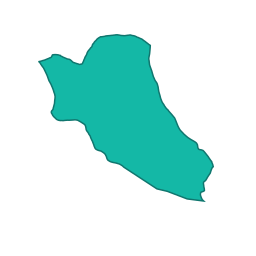 Planard, Micoud, Saint Lucia (Equal Earth projection), rotated 159°
{"feature_id": "8701671B69185125078741", "entity_name": "Planard", "entity_type": "district", "adm_level": 2, "iso_a3": "LCA", "parent_name": "Saint Lucia", "parent_adm1": "Micoud", "projection": "equal_earth", "projection_center": [-60.914, 13.806], "detail": "fine", "context": "isolated", "style": "filled", "palette": "teal", "viewbox_px": 256, "rotation_deg": 159, "n_neighbors": 0, "source": "geoboundaries", "source_scale": "gbopen_adm2", "svg_char_len": 5821}
<svg xmlns="http://www.w3.org/2000/svg" viewBox="0 0 256 256"><g transform="rotate(159 128 128)"><path d="M194.1,169.4L194.0,169.0L193.9,168.5L193.8,167.3L193.6,166.3L193.4,165.6L193.1,164.8L192.5,163.7L192.4,163.3L192.0,162.5L191.8,162.1L191.6,161.7L191.1,161.1L190.8,160.8L190.0,160.1L189.7,159.9L189.2,159.6L188.5,159.2L187.7,158.9L186.9,158.6L186.1,158.2L185.4,158.0L185.1,157.9L184.4,157.8L184.1,157.7L182.4,157.2L181.7,157.0L180.3,156.4L179.7,156.2L177.8,155.6L176.2,155.1L175.3,154.9L173.8,154.3L172.7,153.6L172.2,153.3L171.6,152.6L170.8,151.6L170.5,151.3L170.2,150.9L169.5,150.0L169.0,149.3L167.9,147.8L167.8,147.6L167.4,147.0L167.1,146.4L167.1,146.2L167.0,145.4L167.0,145.0L167.1,143.9L167.2,143.4L167.3,142.9L167.4,142.4L167.6,141.6L167.6,141.4L167.6,141.1L167.6,140.6L167.3,139.2L167.2,139.0L167.1,138.7L166.9,138.1L166.8,137.3L166.8,137.0L166.7,136.1L166.3,134.6L166.2,134.0L166.3,132.2L166.2,130.7L166.2,129.8L166.0,129.1L166.0,128.1L166.0,127.2L166.0,126.5L166.0,125.4L166.0,124.6L166.1,122.7L166.0,121.4L166.0,121.0L165.8,120.2L165.7,120.0L165.6,119.8L165.3,119.4L164.7,118.7L164.1,118.1L163.5,117.6L163.0,117.2L161.9,116.5L161.7,116.4L161.6,116.2L160.9,115.4L160.2,114.4L159.5,113.4L159.4,113.1L159.1,112.7L158.9,112.2L158.8,111.8L158.7,111.5L158.6,110.8L158.5,109.7L158.4,109.2L158.5,108.7L158.5,108.0L158.6,107.0L158.5,106.3L158.5,106.0L158.4,105.8L158.4,105.5L158.2,105.1L158.0,104.7L157.7,104.4L157.2,103.7L156.7,103.1L156.4,102.8L155.4,102.0L154.7,101.5L154.2,101.1L153.3,100.6L152.2,99.9L151.2,99.2L150.8,98.9L150.2,98.4L149.5,97.9L149.0,97.5L148.7,97.2L147.9,96.2L147.0,95.0L146.7,94.6L146.4,93.9L146.3,93.7L145.9,92.9L122.8,60.8L114.0,54.8L98.2,40.6L83.5,32.7L84.3,34.4L84.5,35.9L84.5,38.0L84.4,39.6L83.5,41.4L82.8,41.9L81.5,41.9L81.0,41.8L79.5,42.0L79.1,42.2L78.9,42.7L78.5,44.1L78.3,45.8L77.9,47.2L77.5,49.1L77.0,50.1L76.4,50.6L75.4,50.9L74.8,51.0L73.9,51.5L72.4,52.7L71.1,53.8L67.4,56.4L65.5,58.8L64.3,60.1L63.5,60.8L62.3,61.3L62.0,63.5L62.0,64.9L62.1,66.5L61.9,66.7L62.4,68.1L63.2,71.4L63.4,72.5L64.3,75.4L65.3,78.5L66.0,80.1L66.4,80.5L67.5,81.4L68.6,82.0L69.6,82.8L69.8,83.6L69.8,85.0L69.6,85.6L69.2,87.4L69.3,88.4L69.5,89.4L70.2,90.7L71.5,92.4L73.4,94.7L75.5,97.6L76.7,99.8L78.2,102.7L78.6,103.9L79.3,105.4L80.0,107.2L80.4,109.0L80.7,111.6L80.8,119.1L80.9,120.7L82.3,124.9L83.9,129.1L84.1,130.2L85.2,132.5L86.0,135.5L86.2,137.2L86.6,138.5L86.9,140.5L86.9,143.7L86.8,145.0L86.6,146.3L86.2,151.0L85.6,153.8L85.2,155.5L84.9,158.6L85.0,160.0L85.7,162.8L85.8,165.5L85.9,166.8L85.6,170.7L85.4,172.6L85.3,177.6L85.2,179.4L84.8,181.0L84.2,183.3L83.9,185.0L83.2,186.4L82.5,187.5L81.3,189.4L79.5,193.0L78.3,195.5L77.6,197.1L77.8,197.5L78.6,198.5L78.8,198.9L79.4,200.0L80.2,201.2L80.7,202.1L81.3,203.1L81.7,203.6L82.0,204.1L82.6,205.1L82.9,205.6L83.2,206.0L83.8,206.6L84.2,207.0L84.8,207.5L85.5,208.3L86.1,208.9L86.8,209.4L87.1,209.7L87.4,210.1L88.1,210.9L89.3,211.9L89.6,212.1L90.7,212.7L91.1,213.0L91.6,213.3L92.1,213.8L92.3,213.9L93.0,214.2L93.6,214.3L94.0,214.4L94.4,214.5L94.5,214.5L94.9,214.6L95.0,214.6L95.4,214.8L96.0,214.9L96.9,215.1L98.1,215.4L98.8,215.7L98.9,215.8L99.3,215.9L99.9,216.2L100.4,216.5L101.0,216.7L101.4,216.9L101.9,217.2L102.2,217.5L102.4,217.6L103.1,218.0L104.3,218.7L104.8,218.9L105.5,219.2L106.3,219.4L106.6,219.4L107.9,219.8L108.1,219.8L108.9,220.0L110.6,220.5L112.3,220.9L113.4,221.3L114.0,221.4L114.7,221.6L115.7,221.9L116.4,221.9L116.6,221.9L118.1,222.2L119.4,222.5L120.5,222.8L120.8,222.9L121.0,223.0L121.5,222.9L123.3,222.6L123.7,222.5L124.2,222.3L124.7,222.2L125.2,222.0L125.8,221.6L126.2,221.4L126.5,221.2L127.2,220.9L127.4,220.9L128.2,220.5L128.6,220.3L129.3,219.7L130.0,219.2L130.7,219.0L130.9,218.9L131.2,218.6L132.3,217.2L132.5,217.0L132.8,216.7L133.1,216.6L133.7,216.4L133.9,216.3L134.3,216.1L134.5,216.0L135.0,215.6L135.5,215.3L136.0,215.1L136.6,214.7L137.2,214.4L137.8,214.0L138.3,213.6L138.7,213.3L139.0,213.0L139.1,212.9L139.4,212.6L139.8,212.0L140.7,211.1L141.1,210.7L141.9,210.2L142.7,209.5L142.9,209.2L143.2,209.0L143.3,208.8L143.6,208.4L144.0,208.1L144.7,207.4L145.0,207.1L145.3,206.7L145.7,206.2L145.8,206.1L146.3,205.7L146.8,205.2L147.0,204.9L147.5,204.6L147.9,204.4L148.1,204.3L148.8,204.3L149.1,204.4L149.4,204.5L149.6,204.6L149.8,204.6L150.1,204.6L150.7,204.8L151.0,205.0L151.5,205.6L152.3,206.2L152.9,206.5L153.0,206.7L153.3,207.0L154.1,207.6L154.5,208.0L154.9,208.3L155.5,208.8L156.1,209.6L156.3,210.0L156.5,210.6L156.9,211.4L157.5,212.4L157.9,212.9L158.2,213.2L158.6,213.4L159.8,214.1L160.1,214.4L160.5,214.7L160.7,215.0L162.9,217.1L163.5,217.7L164.1,218.5L164.7,219.0L165.0,219.4L165.2,219.6L165.3,219.8L165.2,220.0L165.9,220.4L166.3,220.8L167.0,221.3L168.1,221.9L168.5,222.1L169.3,222.5L169.6,222.6L170.4,222.9L171.1,223.1L171.4,223.1L172.0,223.2L172.1,223.3L172.3,223.3L172.5,223.2L172.8,222.9L173.3,222.4L173.6,222.1L173.9,221.8L174.2,221.7L174.4,221.6L174.7,221.5L175.0,221.4L175.5,221.5L175.9,221.5L176.2,221.5L177.0,221.4L178.3,221.4L182.1,221.3L182.3,221.4L182.7,221.4L183.1,221.5L183.4,221.5L183.8,221.5L184.0,221.6L184.7,221.5L185.6,221.6L185.8,221.7L187.3,221.9L187.4,221.7L186.9,221.0L186.9,220.7L186.8,220.3L186.5,218.7L185.9,216.1L185.5,214.9L185.3,213.9L185.2,212.8L184.9,209.3L184.8,207.8L184.7,206.3L184.7,204.5L184.8,201.8L184.8,201.3L184.8,200.3L184.7,199.6L184.5,198.6L184.5,198.1L184.4,197.7L184.3,196.7L184.2,196.3L184.2,194.6L184.1,193.7L184.1,192.2L184.1,191.5L184.1,191.3L184.1,190.7L184.1,190.3L184.3,188.0L184.3,187.3L184.3,186.7L184.4,185.6L184.5,185.0L184.7,183.9L184.8,183.4L185.0,183.0L185.5,181.9L186.6,179.9L187.4,178.2L187.7,177.5L188.1,176.9L189.4,175.1L189.9,174.4L190.3,173.9L190.8,173.2L191.0,172.8L191.6,172.1L191.8,172.0L192.1,171.8L192.6,171.6L192.9,171.4L193.1,171.3L193.2,171.2L193.5,171.0L193.9,170.3L194.0,170.0L194.1,169.6L194.1,169.4Z" fill="#14b8a6" stroke="#0f766e" stroke-width="1.5"/></g></svg>